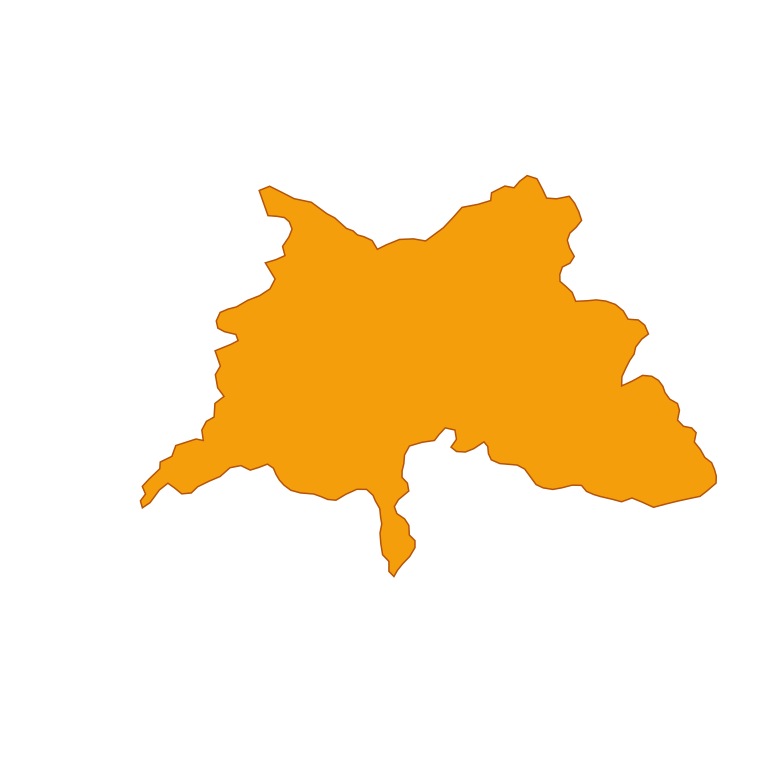 Cuparaque, Minas Gerais, Brazil (Equal Earth projection), rotated 247°
{"feature_id": "56859067B86280863594268", "entity_name": "Cuparaque", "entity_type": "district", "adm_level": 2, "iso_a3": "BRA", "parent_name": "Brazil", "parent_adm1": "Minas Gerais", "projection": "equal_earth", "projection_center": [-41.139, -18.989], "detail": "fine", "context": "isolated", "style": "filled", "palette": "amber", "viewbox_px": 768, "rotation_deg": 247, "n_neighbors": 0, "source": "geoboundaries", "source_scale": "gbopen_adm2", "svg_char_len": 2835}
<svg xmlns="http://www.w3.org/2000/svg" viewBox="0 0 768 768"><g transform="rotate(247 384 384)"><path d="M202.9,317.9L207.4,323.8L211.2,330.9L215.2,340.3L221.3,348.6L227.7,351.3L235.1,348.3L244.1,351.6L251.7,350.3L259.7,345.2L267.1,345.6L271.9,352.1L275.8,365.0L283.6,366.8L291.0,364.1L297.1,366.8L303.0,371.2L310.6,375.1L317.0,383.2L315.5,396.2L312.3,408.4L316.0,414.9L319.7,423.2L313.9,431.3L304.8,429.1L299.7,421.0L293.5,424.4L289.6,432.3L289.4,441.3L291.7,453.4L285.9,455.1L279.1,452.9L272.3,453.1L265.5,459.5L261.0,468.1L257.3,475.0L250.7,480.3L240.0,482.8L232.0,484.7L226.2,489.9L221.0,498.2L219.0,506.8L217.4,517.6L213.5,526.2L206.1,528.4L200.3,533.9L195.9,539.2L188.7,549.1L182.8,556.6L182.2,567.7L174.8,575.1L165.2,583.9L163.5,595.9L161.4,608.9L159.1,621.0L157.1,631.0L159.3,639.3L163.0,650.9L169.4,653.9L176.2,654.8L183.6,654.8L191.0,650.6L200.1,649.6L209.4,647.0L217.2,652.3L223.3,650.1L228.1,643.1L236.1,640.1L244.3,645.7L251.3,646.5L258.4,641.1L266.4,639.3L272.9,639.8L280.0,638.1L286.5,633.5L290.9,625.4L289.7,613.8L289.4,602.0L297.7,605.8L304.1,612.8L309.6,619.3L313.8,625.9L319.7,630.1L324.6,638.8L326.7,647.0L336.2,647.0L343.6,643.1L348.3,634.0L357.8,632.8L366.8,628.1L373.6,620.7L378.4,612.4L381.5,602.8L385.2,592.8L394.8,593.0L402.2,589.8L409.7,586.1L416.1,588.6L422.0,593.9L422.6,602.5L427.1,609.0L436.8,608.0L444.8,608.9L450.3,614.1L453.1,622.0L457.4,629.8L466.7,630.6L476.0,630.1L484.4,627.9L487.1,615.1L491.6,606.3L500.9,606.0L513.1,605.0L519.9,597.2L517.6,588.1L513.8,580.4L519.0,572.6L518.0,557.7L511.2,553.9L512.6,540.9L516.1,524.8L510.3,512.7L504.6,499.7L499.4,478.2L506.1,467.8L511.0,454.8L511.2,440.9L510.6,430.5L520.7,429.1L527.3,423.2L531.6,417.8L537.1,415.3L541.9,410.2L556.1,403.6L563.1,397.9L579.7,388.1L589.7,373.7L600.6,364.6L610.7,356.0L610.9,344.7L584.3,343.0L580.0,351.3L576.1,357.4L570.3,360.2L562.5,359.9L556.4,353.8L550.3,344.4L540.9,343.0L540.7,332.9L541.9,322.1L523.2,324.8L516.1,316.2L513.9,304.0L514.3,291.4L512.6,278.4L513.9,269.7L513.9,261.1L507.5,254.2L500.3,252.9L494.5,257.6L487.5,267.0L481.0,266.7L480.3,258.4L480.6,241.5L464.5,240.4L458.5,232.4L445.5,229.4L435.1,231.9L432.2,220.8L420.0,214.7L419.0,205.9L412.8,198.3L402.6,195.6L406.8,189.5L408.7,168.3L400.3,160.5L399.6,147.5L393.6,144.5L388.3,130.6L384.2,121.5L375.9,121.5L371.6,114.1L364.4,113.2L366.2,122.3L370.3,129.3L374.2,135.8L377.1,146.3L370.3,150.5L361.9,154.9L359.0,164.0L362.2,172.3L362.9,185.3L362.9,197.0L367.1,209.5L364.8,220.4L357.0,227.2L356.1,236.3L355.8,245.4L349.7,249.3L342.9,249.3L336.4,250.2L330.0,252.4L322.6,256.7L316.4,264.5L310.2,276.3L304.8,282.2L299.7,287.1L295.8,294.4L297.4,305.7L297.7,317.9L293.8,326.8L285.9,330.4L279.7,330.4L270.9,331.4L262.2,328.7L256.1,327.3L248.4,322.1L238.3,318.7L227.4,316.0L218.7,319.2L209.6,315.3L202.9,317.9Z" fill="#f59e0b" stroke="#b45309" stroke-width="1.5"/></g></svg>